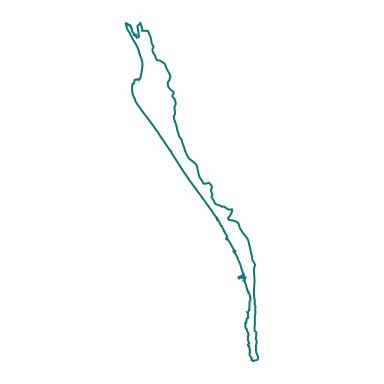 the district of Khlong Yai, Thailand
{"feature_id": "78962969B6088358830933", "entity_name": "Khlong Yai", "entity_type": "district", "adm_level": 2, "iso_a3": "THA", "parent_name": "Thailand", "parent_adm1": "", "projection": "robinson", "projection_center": [102.857, 11.818], "detail": "fine", "context": "isolated", "style": "outline", "palette": "teal", "viewbox_px": 384, "rotation_deg": 0, "n_neighbors": 0, "source": "geoboundaries", "source_scale": "gbopen_adm2", "svg_char_len": 5920}
<svg xmlns="http://www.w3.org/2000/svg" viewBox="0 0 384 384"><path d="M128.0,24.3L127.8,24.5L127.4,24.3L126.5,23.2L125.9,23.3L125.7,23.5L126.0,24.3L125.8,24.6L125.9,24.9L126.2,25.1L126.7,26.2L126.6,27.0L126.7,27.5L126.7,28.0L127.3,28.8L127.7,29.8L129.4,32.5L132.9,39.4L135.7,43.9L137.2,46.8L139.2,51.4L139.2,51.7L139.1,52.7L142.0,60.6L142.5,64.2L142.2,67.9L140.9,75.9L140.5,77.5L139.7,79.3L139.1,79.2L138.8,79.7L138.6,79.2L137.5,79.2L136.1,79.9L135.5,79.6L134.7,80.1L134.5,80.3L134.3,82.2L134.0,83.0L133.6,83.1L133.5,83.8L132.6,83.9L132.4,84.2L132.4,85.4L132.1,85.9L132.0,88.3L132.1,89.7L132.4,92.8L133.5,96.5L135.0,99.3L135.4,101.2L138.6,106.2L138.9,106.6L139.6,107.1L141.3,110.0L148.8,119.7L156.8,130.9L157.9,132.0L158.5,133.3L160.5,136.4L165.5,143.7L168.2,147.8L169.9,150.3L171.1,151.2L170.8,151.5L172.1,153.7L183.3,171.3L188.0,178.0L188.2,178.6L191.2,182.6L202.6,198.1L202.5,198.4L203.8,199.8L212.1,211.3L213.7,213.9L216.2,217.1L216.1,217.3L216.3,217.6L216.2,217.7L216.8,218.7L217.0,218.6L217.0,219.1L217.3,219.0L217.6,219.2L217.5,219.4L217.5,219.5L217.7,219.4L218.3,220.9L218.7,221.0L219.1,221.5L220.0,223.6L219.9,223.7L220.7,225.3L221.1,225.7L221.7,225.9L221.5,226.2L223.5,229.3L223.5,230.0L224.0,231.0L224.4,231.3L224.2,231.5L227.0,236.1L227.0,236.5L227.2,236.8L226.9,237.1L226.6,238.1L225.5,239.0L226.4,238.6L226.6,239.0L225.7,239.9L227.4,238.8L227.7,239.0L230.4,243.5L234.1,250.2L233.7,250.5L233.2,251.1L234.3,250.6L234.5,250.8L233.7,251.4L233.8,251.5L235.4,250.9L235.5,251.1L235.4,251.3L234.5,251.8L234.0,251.9L233.9,252.1L234.0,252.3L234.3,252.3L234.4,252.0L234.6,252.1L235.5,254.2L236.4,255.4L236.8,256.4L237.6,257.6L237.7,258.7L238.5,260.0L238.7,260.9L239.3,262.5L239.9,263.3L240.6,265.6L240.9,266.1L241.0,267.1L242.7,272.2L242.8,273.0L243.2,273.6L243.3,274.8L244.9,274.6L241.0,276.1L240.3,276.8L239.2,276.8L238.5,277.1L238.8,278.3L239.0,278.5L239.4,278.4L239.3,277.9L240.9,277.3L241.1,277.6L242.3,277.2L244.5,277.0L244.6,277.3L243.0,277.8L243.1,278.3L245.4,277.8L245.3,278.1L243.5,279.1L244.2,279.0L244.6,279.7L244.7,280.0L244.1,280.5L244.6,280.5L244.5,280.9L244.6,281.4L246.2,285.5L246.3,286.7L247.0,288.9L247.1,290.0L247.5,290.2L248.2,291.6L249.0,291.5L248.3,292.0L248.2,292.2L248.6,292.2L249.9,295.6L250.1,297.5L250.6,298.1L250.5,299.2L250.3,299.3L250.1,300.4L249.7,301.1L249.4,302.7L249.5,303.3L249.4,306.2L249.5,307.2L249.2,309.0L249.5,309.7L249.5,310.0L248.7,310.5L247.9,312.4L247.5,312.4L247.6,312.5L247.6,312.8L247.9,313.2L248.1,314.0L248.1,315.1L247.8,315.5L248.2,316.6L248.1,317.0L247.9,317.1L247.8,317.6L248.1,317.7L248.0,318.0L247.2,318.3L246.6,319.0L246.7,320.2L246.3,320.8L246.2,321.3L246.4,322.3L246.0,322.9L245.4,323.0L245.1,323.6L245.4,324.0L245.4,324.5L245.5,324.9L245.3,325.9L245.5,327.5L245.8,328.2L246.5,328.9L247.0,330.0L246.9,330.6L247.9,332.3L248.1,333.3L248.6,334.6L248.3,334.9L248.3,336.1L247.8,336.6L248.1,338.8L247.8,340.2L248.3,341.2L248.8,341.9L249.0,343.0L248.9,343.7L247.9,344.6L247.8,345.1L248.1,345.6L249.2,346.1L249.2,346.4L248.9,346.7L249.0,347.2L249.7,348.5L249.7,349.4L249.9,349.7L249.6,350.1L249.6,350.5L250.0,351.7L250.3,352.0L250.2,352.2L249.9,352.3L249.6,352.8L249.8,353.3L249.5,354.3L249.6,355.1L250.1,356.1L250.6,356.4L250.8,357.2L251.5,357.7L251.6,357.9L251.4,358.2L251.5,359.4L251.6,358.8L251.7,359.3L251.9,359.5L251.6,359.8L252.2,359.9L252.8,361.0L254.0,360.8L256.9,360.0L257.4,359.7L257.9,358.9L258.2,358.3L258.3,357.3L256.3,352.8L255.9,350.5L255.9,345.1L256.6,343.0L256.6,341.6L256.4,340.1L255.8,338.9L255.7,338.3L256.3,335.5L256.2,333.9L256.4,332.5L256.0,332.0L254.8,331.0L254.6,330.6L254.5,327.7L254.9,324.2L254.8,316.5L255.3,314.1L255.4,312.5L255.2,309.3L255.4,307.1L255.2,305.7L254.7,303.9L254.8,300.5L254.1,296.8L254.0,294.3L253.9,292.3L254.2,285.8L254.6,280.7L254.2,275.6L254.0,270.3L254.0,269.1L254.4,267.0L254.7,266.2L255.1,264.5L252.8,260.6L252.4,259.7L252.1,258.4L251.8,255.1L250.8,252.1L250.4,249.3L248.4,241.0L247.7,239.3L246.5,237.3L245.3,236.0L242.7,232.6L239.8,228.0L238.6,223.8L237.8,222.6L236.4,221.6L234.4,220.9L229.8,220.1L228.6,219.7L228.3,219.4L228.2,218.4L228.4,217.4L229.2,216.7L230.0,215.8L231.5,212.8L232.2,210.8L232.3,209.7L232.2,209.4L231.8,209.3L230.0,209.7L228.8,209.6L228.0,209.3L224.0,206.6L223.7,206.5L222.0,206.8L221.6,206.6L220.5,205.7L216.6,204.5L215.0,203.5L214.1,201.2L211.8,197.4L211.6,196.6L211.7,195.7L212.2,195.1L212.4,194.3L211.3,191.8L211.1,190.9L211.0,189.7L211.3,188.8L211.8,188.2L211.9,187.4L211.9,186.7L211.4,185.5L209.1,182.9L208.6,182.8L207.7,183.2L204.6,183.8L203.3,183.5L202.2,181.0L200.1,178.1L199.3,176.6L199.0,174.9L198.4,173.6L198.1,171.2L197.3,168.5L197.3,167.6L196.9,166.2L196.5,165.2L195.5,163.7L195.1,163.5L192.8,161.4L189.9,159.3L188.6,157.8L187.3,155.7L185.0,150.7L183.8,146.6L182.4,142.9L181.6,139.7L181.3,139.1L179.6,137.3L179.2,136.5L178.3,133.0L177.2,130.0L176.7,127.0L176.0,124.5L174.0,118.8L173.7,116.8L173.8,116.1L174.7,114.8L175.0,113.7L174.8,110.4L174.5,109.0L174.5,107.1L175.5,104.6L175.8,103.5L175.0,99.9L174.7,99.3L172.6,96.9L172.4,96.3L172.4,95.4L173.3,94.0L173.8,92.9L173.8,92.4L173.5,91.9L170.1,89.2L168.1,86.5L167.7,82.5L167.9,82.0L169.3,80.6L169.6,79.9L169.7,78.3L170.4,77.1L170.4,76.5L169.9,74.6L166.7,68.8L165.4,65.3L164.7,64.0L163.5,62.8L162.4,62.3L160.7,60.9L159.3,60.5L157.0,60.1L156.2,58.9L154.8,55.1L153.3,53.0L152.5,50.7L152.4,49.9L152.5,49.2L153.3,47.8L153.5,47.1L153.4,46.2L152.4,44.8L151.5,42.6L151.2,40.1L150.5,36.9L149.0,33.7L148.3,31.6L148.0,31.2L146.9,30.8L142.7,30.8L142.0,30.6L142.4,30.0L142.3,29.0L141.6,27.4L141.5,26.6L140.4,23.0L140.1,23.1L139.2,24.5L138.5,25.0L137.4,26.3L138.3,31.6L138.7,33.0L138.5,33.6L138.6,34.2L138.3,34.7L139.1,36.0L138.8,36.8L137.0,37.8L136.4,37.3L136.3,36.6L135.6,36.1L136.0,35.6L135.9,35.0L134.1,35.0L134.3,34.4L134.2,33.9L133.6,33.1L132.2,31.6L132.0,31.1L131.8,29.0L131.5,28.7L131.8,28.2L131.4,27.5L130.8,27.4L131.0,26.7L130.5,25.4L130.2,25.1L128.9,25.4L128.5,25.1L128.0,24.3Z" fill="none" stroke="#0f766e" stroke-width="2"/></svg>